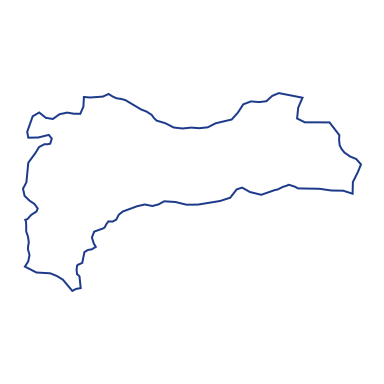 outline of Erzincan
{"feature_id": "TUR-2300", "entity_name": "Erzincan", "entity_type": "Province", "adm_level": 1, "iso_a3": "TUR", "parent_name": "Turkey", "parent_adm1": "", "projection": "albers", "projection_center": [39.186, 39.548], "detail": "fine", "context": "isolated", "style": "outline", "palette": "blue", "viewbox_px": 384, "rotation_deg": 0, "n_neighbors": 0, "source": "natural_earth", "source_scale": "10m", "svg_char_len": 1765}
<svg xmlns="http://www.w3.org/2000/svg" viewBox="0 0 384 384"><path d="M80.3,113.8L83.4,106.6L83.9,97.0L90.2,97.5L102.8,96.6L108.6,94.0L112.6,96.5L116.6,98.3L121.0,98.9L125.4,100.1L141.0,109.4L146.6,111.6L151.7,114.9L154.0,118.1L156.6,120.6L165.3,123.2L173.7,127.5L182.6,128.5L191.1,127.6L199.6,128.2L207.8,127.3L215.6,123.3L231.7,119.5L237.9,112.6L243.3,104.3L251.0,101.4L259.2,102.1L266.4,101.2L272.2,95.9L278.9,93.1L302.5,97.7L298.2,107.7L297.1,118.5L304.8,122.3L329.5,122.4L339.3,135.1L339.1,140.3L339.7,145.4L341.8,149.3L344.5,152.6L350.1,156.5L356.2,159.0L361.0,164.4L357.8,172.2L352.9,182.0L352.6,193.7L343.2,190.7L331.4,190.5L319.6,188.8L298.0,188.4L295.2,186.8L289.7,185.0L288.2,184.8L287.7,185.4L283.1,186.8L277.6,189.5L274.7,190.1L261.3,194.8L249.9,192.0L242.1,187.6L236.7,189.4L230.2,197.7L220.0,201.0L197.9,204.6L186.5,204.7L175.4,202.0L164.2,201.3L158.5,204.4L152.4,206.0L144.8,204.5L137.2,206.2L122.8,211.5L118.8,214.7L116.2,219.7L112.5,221.6L108.4,221.4L106.3,224.3L104.6,227.5L102.9,228.5L94.2,231.6L91.9,237.5L93.7,243.3L95.8,246.9L91.8,249.3L87.9,250.0L84.4,252.1L82.3,262.8L79.0,264.4L78.3,264.5L77.1,265.5L76.6,269.9L77.1,274.3L78.4,275.2L79.5,276.5L80.7,288.1L76.1,288.9L72.3,290.9L62.9,279.7L56.7,275.9L50.2,273.3L36.4,272.5L24.9,266.6L28.2,261.5L29.5,255.2L28.8,252.2L27.9,249.2L28.2,245.7L28.8,242.4L28.0,236.7L26.2,231.4L26.2,225.1L26.0,221.8L25.3,219.8L27.1,219.3L28.5,218.0L29.8,216.4L31.3,214.8L36.5,211.5L37.7,208.5L34.5,204.0L29.7,200.8L24.6,195.9L23.0,188.7L26.4,182.3L28.3,162.7L35.3,153.2L39.1,147.0L44.5,144.2L47.4,144.3L50.2,143.7L51.8,138.6L48.8,134.9L38.2,137.5L28.3,137.7L27.2,131.8L32.7,116.3L39.2,112.5L45.8,117.8L52.8,119.0L59.6,114.2L67.2,112.6L73.7,113.7L80.3,113.8Z" fill="none" stroke="#1e3a8a" stroke-width="2"/></svg>